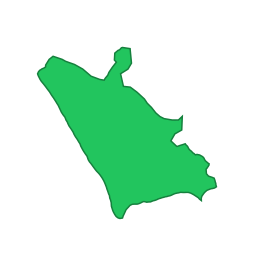 the district of Okigwe, Imo, Nigeria, rotated 152°
{"feature_id": "59680162B88090020431393", "entity_name": "Okigwe", "entity_type": "district", "adm_level": 2, "iso_a3": "NGA", "parent_name": "Nigeria", "parent_adm1": "Imo", "projection": "equal_earth", "projection_center": [7.304, 5.82], "detail": "fine", "context": "isolated", "style": "filled", "palette": "green", "viewbox_px": 256, "rotation_deg": 152, "n_neighbors": 0, "source": "geoboundaries", "source_scale": "gbopen_adm2", "svg_char_len": 3136}
<svg xmlns="http://www.w3.org/2000/svg" viewBox="0 0 256 256"><g transform="rotate(152 128 128)"><path d="M171.2,222.2L172.1,220.6L174.2,220.4L176.2,220.6L177.6,220.4L178.8,220.4L180.6,219.7L182.4,218.3L182.7,216.4L182.8,212.4L182.6,209.8L181.9,206.5L181.3,203.1L180.8,199.6L180.3,196.7L180.1,193.2L179.8,190.6L179.6,189.6L179.6,189.1L179.5,187.7L179.3,185.3L179.2,183.2L179.0,180.8L179.2,176.8L179.4,173.2L179.1,169.9L178.6,167.1L179.0,164.0L178.8,161.9L179.0,160.2L179.1,157.4L178.6,153.1L178.4,150.0L178.4,149.9L178.6,147.6L178.5,145.0L178.1,141.5L178.0,138.6L177.8,136.7L178.2,134.1L178.2,130.6L178.2,130.0L178.1,128.2L177.8,125.1L177.4,122.3L178.0,118.7L177.9,116.3L177.5,114.4L177.2,112.5L177.0,110.9L176.4,106.8L176.0,104.7L175.3,102.3L174.9,100.6L174.7,99.5L174.3,96.2L174.2,94.0L174.2,92.1L174.4,89.5L174.6,87.9L174.8,86.0L175.2,84.2L175.3,83.6L175.5,81.9L176.0,79.0L176.1,77.0L176.6,75.8L177.0,74.6L177.2,72.7L177.9,69.9L178.7,68.2L179.4,66.6L180.1,62.8L180.3,61.1L180.3,58.0L180.0,55.4L179.0,53.3L177.6,51.9L175.1,51.1L173.8,52.4L173.3,52.8L171.8,53.9L170.5,54.9L169.3,55.8L168.2,56.7L166.4,57.4L164.9,57.9L163.6,58.4L162.4,58.8L159.8,58.6L157.3,57.4L155.4,56.4L154.0,56.1L151.9,55.9L149.2,55.9L147.8,55.1L146.3,53.7L144.9,53.2L142.8,52.2L141.8,52.1L140.3,52.0L138.4,51.5L136.4,51.2L135.2,51.2L133.5,51.0L132.2,50.7L130.7,50.5L130.0,50.3L128.7,50.0L127.1,49.7L125.9,49.2L124.5,49.0L122.9,48.5L121.4,48.3L118.7,48.2L117.1,48.0L115.2,47.5L113.8,47.0L112.5,46.7L111.8,46.5L111.7,46.5L110.1,45.5L108.9,44.8L107.0,43.9L105.1,42.9L103.3,41.2L102.3,39.8L101.2,38.1L99.5,35.0L98.6,33.3L98.3,31.7L97.3,29.5L96.2,31.7L94.8,33.1L92.7,34.2L91.2,34.9L89.7,35.4L87.5,35.9L84.7,35.6L83.2,35.4L81.9,34.9L79.7,34.4L78.4,34.5L77.5,34.6L77.2,36.0L77.0,36.8L76.6,37.6L76.4,38.4L76.3,39.4L75.9,40.7L75.8,41.5L75.7,41.7L75.6,42.6L75.5,43.3L75.9,43.6L76.3,44.3L77.3,45.4L78.1,46.2L78.9,47.1L79.5,47.6L80.0,49.8L80.2,50.4L80.0,51.4L79.6,52.2L79.2,53.1L78.9,53.9L78.6,54.5L78.3,55.0L77.6,55.3L76.9,55.5L76.6,55.8L76.0,56.1L75.4,56.3L74.9,56.7L74.1,57.1L73.7,57.5L73.5,57.9L73.2,58.3L73.7,59.2L74.1,60.2L74.3,60.8L74.6,61.5L74.9,62.3L75.1,62.8L75.1,63.3L75.2,64.2L75.1,65.2L75.1,65.8L75.2,66.6L75.4,67.0L75.5,67.3L75.6,67.7L76.1,68.5L76.5,69.1L77.1,70.1L77.7,70.8L78.2,71.2L78.6,71.5L78.9,71.8L79.4,72.2L79.9,72.4L80.5,72.5L81.0,72.6L81.3,73.1L81.5,73.8L81.9,74.8L82.3,75.3L82.5,76.1L82.7,76.7L82.9,77.7L83.2,78.3L83.6,79.3L83.8,79.7L84.0,80.3L84.0,80.7L84.1,81.9L84.1,82.6L84.0,83.3L84.1,84.1L84.3,84.7L84.6,85.4L84.7,85.9L84.8,86.3L84.8,86.7L84.9,87.2L86.2,87.4L88.4,87.8L90.3,88.2L91.9,88.4L93.0,88.6L93.6,88.9L96.2,96.5L89.4,100.8L81.5,101.0L74.6,112.8L79.7,111.4L80.7,111.9L85.1,114.2L91.7,119.3L94.4,123.1L96.4,128.3L97.6,135.0L99.4,140.9L99.9,145.9L103.2,155.3L106.8,163.0L112.5,166.9L109.1,179.4L100.4,180.0L94.5,183.6L88.9,197.1L95.1,201.7L96.2,201.9L98.7,201.0L100.4,201.2L104.5,200.3L108.1,194.4L107.4,191.6L113.2,189.0L118.7,186.1L121.1,184.1L124.8,182.6L126.6,181.4L130.1,184.1L136.3,191.1L140.3,201.3L145.4,209.2L151.8,216.2L153.9,219.5L160.5,226.5L165.4,225.6L171.2,222.2Z" fill="#22c55e" stroke="#15803d" stroke-width="1.5"/></g></svg>